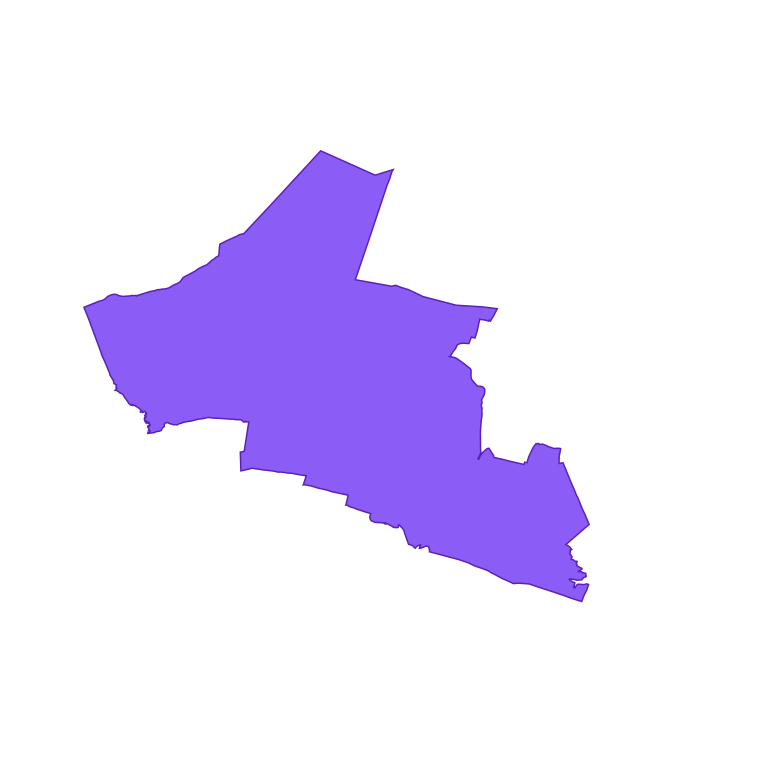 Bargauani, Neamt, Romania, rotated 126°
{"feature_id": "2599482B339560246118", "entity_name": "Bargauani", "entity_type": "district", "adm_level": 2, "iso_a3": "ROU", "parent_name": "Romania", "parent_adm1": "Neamt", "projection": "natural_earth1", "projection_center": [26.654, 46.99], "detail": "fine", "context": "isolated", "style": "filled", "palette": "violet", "viewbox_px": 768, "rotation_deg": 126, "n_neighbors": 0, "source": "geoboundaries", "source_scale": "gbopen_adm2", "svg_char_len": 6144}
<svg xmlns="http://www.w3.org/2000/svg" viewBox="0 0 768 768"><g transform="rotate(126 384 384)"><path d="M344.9,585.8L347.9,588.6L350.6,589.8L360.9,595.7L367.2,598.9L370.6,597.2L376.1,593.8L377.7,593.2L381.2,594.8L382.2,594.8L385.4,596.0L391.7,597.4L395.9,600.0L401.1,602.4L402.3,602.6L405.9,604.2L414.4,608.4L416.2,609.1L420.8,609.0L422.9,609.6L427.7,612.4L432.4,614.4L433.3,615.0L436.2,617.4L437.4,619.1L438.6,620.1L441.1,622.9L443.3,624.4L445.7,626.8L453.3,632.6L457.6,635.6L458.1,635.7L458.0,636.1L458.1,636.7L459.7,638.4L460.5,640.0L462.2,641.4L466.8,647.0L468.6,650.9L468.7,652.7L470.0,655.0L470.9,656.0L472.6,657.3L475.6,659.0L478.8,659.6L480.9,660.4L483.1,661.8L484.2,663.0L498.3,671.8L505.1,661.0L525.6,630.3L526.1,630.1L530.1,622.9L536.6,612.2L537.8,611.1L540.1,605.4L541.6,603.4L542.4,602.8L541.9,600.0L543.1,599.6L544.0,599.0L544.2,597.7L547.1,597.9L546.5,596.4L546.3,594.8L546.4,594.1L546.0,593.1L546.6,592.1L546.1,591.6L545.8,589.5L547.4,585.7L547.7,584.5L549.9,578.3L549.9,577.6L549.7,577.0L549.8,576.5L549.7,576.1L549.5,575.8L548.9,575.9L548.8,575.7L549.1,574.6L548.9,574.4L548.4,574.5L547.8,572.2L547.6,566.9L548.0,566.2L548.1,565.0L548.7,564.7L549.5,564.9L549.8,564.5L548.4,564.1L548.4,563.6L548.8,563.6L549.1,563.1L549.0,562.5L548.7,562.3L547.0,561.9L546.7,560.9L547.2,559.7L547.6,560.0L547.9,559.8L547.9,559.2L547.4,559.4L547.4,559.1L548.3,558.3L548.8,558.3L549.1,558.9L549.5,559.0L550.2,559.0L550.8,557.9L550.3,557.5L550.3,557.2L550.5,557.0L550.9,557.0L551.9,557.9L553.5,557.1L553.6,556.9L552.9,556.2L553.6,556.4L554.1,556.1L554.2,555.7L554.6,555.8L554.8,555.2L554.0,555.1L553.9,554.6L555.0,554.4L555.3,553.6L554.5,553.9L553.8,553.6L553.7,553.4L553.7,553.0L554.6,553.1L554.8,552.5L554.6,552.3L553.8,552.4L553.0,551.7L554.1,551.0L553.9,550.3L554.0,550.2L555.0,549.9L554.5,549.4L554.5,549.2L555.2,548.9L555.5,548.9L555.8,549.4L556.4,549.2L556.6,549.6L556.3,549.8L556.3,550.1L557.1,550.5L557.8,549.9L557.7,549.5L558.7,547.5L559.3,547.0L559.6,547.3L560.1,547.2L559.4,545.9L559.6,545.8L560.6,545.6L561.4,545.9L561.9,546.6L562.8,546.0L558.4,541.3L556.2,540.1L554.8,538.5L552.6,536.9L549.9,537.4L547.5,536.8L545.8,537.9L544.6,538.1L543.2,537.6L543.1,536.8L542.3,536.2L542.1,535.6L542.2,534.5L542.0,533.7L541.4,532.8L540.8,530.5L539.4,528.8L538.7,527.3L536.7,526.5L535.2,525.1L534.1,524.5L531.9,522.9L527.5,518.4L521.4,513.4L519.2,510.8L514.7,506.9L513.6,505.3L512.8,503.6L510.8,500.3L510.3,499.8L502.2,486.8L500.4,484.3L500.3,483.4L498.6,481.1L497.0,478.4L497.0,476.2L497.4,475.7L497.2,475.2L496.8,474.7L495.8,474.3L496.0,473.9L495.7,473.8L495.6,473.1L494.6,471.9L494.6,471.4L494.2,471.1L520.7,457.5L523.6,460.2L538.4,448.7L535.4,446.0L529.7,441.2L524.8,431.8L519.4,422.2L517.4,417.6L515.8,415.6L513.1,410.6L512.6,409.4L512.0,408.6L510.2,405.7L508.9,402.7L504.0,392.9L513.1,390.0L512.3,389.3L509.9,384.2L509.6,383.8L507.1,376.5L503.0,367.0L502.0,363.4L495.2,348.0L495.2,347.7L495.8,347.3L503.7,343.9L504.4,343.7L504.0,343.2L503.6,342.0L503.6,340.6L503.5,339.6L502.0,335.6L501.3,332.4L498.2,323.0L497.6,321.4L496.7,318.5L499.9,317.4L500.7,316.7L501.8,315.0L502.1,313.7L501.1,309.6L499.4,307.2L499.3,306.7L498.4,305.8L497.0,303.0L496.2,302.2L496.6,301.7L496.5,300.4L496.1,300.2L495.4,300.6L495.2,299.4L495.3,299.0L494.9,297.8L494.8,296.5L494.2,293.1L494.5,292.4L493.9,291.1L493.5,290.7L493.1,289.7L491.8,288.3L491.5,288.3L490.6,288.9L489.8,288.7L489.5,289.3L489.2,289.1L489.1,288.4L489.4,287.9L489.4,287.0L489.6,286.7L489.6,285.9L489.9,284.3L490.8,281.7L492.5,279.7L499.3,269.8L498.5,268.0L497.9,265.5L498.5,263.5L498.5,262.3L494.7,261.7L494.1,261.0L492.6,260.0L492.8,259.9L493.5,260.0L494.1,259.6L494.6,259.6L494.9,259.0L496.1,258.8L495.7,258.1L490.3,254.6L489.4,252.2L491.4,249.9L491.6,249.4L493.0,248.6L482.2,220.6L479.2,211.1L477.9,203.7L474.9,194.2L473.9,190.0L473.7,188.8L473.8,187.0L472.9,181.9L471.9,174.2L469.8,164.5L469.6,162.5L469.2,161.7L466.1,158.2L460.5,149.1L449.9,115.7L446.8,105.1L443.8,96.2L437.4,97.9L430.7,99.1L426.0,100.6L426.1,101.5L426.9,102.8L428.7,104.3L431.8,109.2L432.8,109.8L434.5,109.8L435.5,110.1L436.9,109.8L437.1,110.9L433.6,112.3L432.7,112.7L432.6,113.0L433.2,114.6L433.5,118.0L433.0,119.4L432.6,119.3L432.0,118.5L431.7,117.4L430.1,114.8L429.5,112.8L426.2,108.9L423.3,108.7L421.6,107.5L420.7,107.4L418.6,109.7L420.1,112.7L419.8,113.2L419.8,113.8L421.5,116.6L421.3,116.7L418.1,115.2L417.2,115.1L416.9,115.4L416.8,115.7L417.3,117.6L417.4,119.5L417.9,120.8L416.7,121.7L416.1,123.2L415.8,123.3L414.6,123.1L414.0,123.5L415.1,125.3L414.9,127.3L415.9,129.6L413.3,130.2L413.1,130.5L413.1,131.6L412.2,132.7L412.2,134.1L410.6,134.4L409.2,135.6L408.6,135.5L408.3,135.1L407.5,134.8L406.7,138.0L406.7,140.5L407.1,142.5L377.0,135.5L371.6,144.5L368.7,149.7L361.6,161.1L361.4,161.8L360.4,163.7L358.9,165.9L352.4,176.9L342.6,192.7L342.5,192.9L345.4,195.7L339.8,199.6L332.4,203.1L333.4,205.0L336.5,209.0L337.2,211.9L338.2,214.2L338.2,216.1L338.8,217.9L339.3,220.2L341.7,222.7L341.2,223.4L341.3,223.8L341.9,224.7L343.1,225.6L343.0,225.9L347.7,226.0L349.6,225.7L357.4,224.2L363.7,222.2L364.6,224.2L366.8,223.5L371.9,235.3L375.6,244.6L378.7,251.7L378.1,252.9L377.5,253.2L374.3,261.3L375.2,262.3L376.0,262.7L381.4,263.9L384.9,264.0L388.8,263.1L389.3,263.4L389.4,263.9L389.2,264.1L383.1,265.2L382.3,265.5L380.2,267.4L366.2,277.8L355.6,284.4L354.8,284.6L351.8,286.3L349.2,288.2L347.3,289.9L346.6,290.0L345.7,290.6L345.5,291.3L343.9,292.9L341.8,293.5L340.6,294.5L339.9,295.4L339.1,295.8L334.3,296.5L332.6,297.1L329.7,298.8L328.6,300.1L328.3,302.5L329.0,304.4L330.1,305.9L330.6,307.1L330.7,307.7L329.6,312.7L329.7,312.8L328.7,315.8L327.4,317.6L321.8,321.6L321.4,322.0L320.9,323.5L320.5,331.2L320.6,340.1L321.3,343.0L323.2,347.0L322.6,346.7L315.9,347.1L313.5,346.9L309.1,347.7L306.7,346.3L304.6,344.2L301.4,339.1L294.8,340.9L293.3,337.4L286.5,339.7L275.2,344.7L275.0,343.8L273.0,340.1L271.5,336.2L270.5,336.4L270.5,334.9L265.1,335.3L256.5,336.6L264.1,350.3L277.9,372.0L290.3,403.7L293.3,419.7L295.9,427.3L297.2,432.3L298.0,433.3L300.3,435.1L316.5,468.5L272.6,482.1L221.8,498.2L214.8,500.0L207.9,502.3L205.2,502.6L220.3,514.0L232.6,572.3L300.2,580.2L344.9,585.8Z" fill="#8b5cf6" stroke="#5b21b6" stroke-width="1.5"/></g></svg>